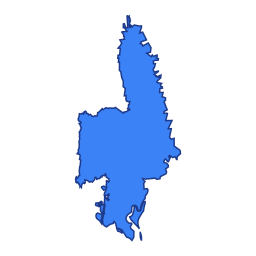 the district of Feni, Chittagong, Bangladesh
{"feature_id": "16705992B83268326466345", "entity_name": "Feni", "entity_type": "district", "adm_level": 2, "iso_a3": "BGD", "parent_name": "Bangladesh", "parent_adm1": "Chittagong", "projection": "equal_earth", "projection_center": [91.37, 23.021], "detail": "fine", "context": "isolated", "style": "filled", "palette": "blue", "viewbox_px": 256, "rotation_deg": 0, "n_neighbors": 0, "source": "geoboundaries", "source_scale": "gbopen_adm2", "svg_char_len": 5875}
<svg xmlns="http://www.w3.org/2000/svg" viewBox="0 0 256 256"><path d="M180.4,151.7L179.9,150.2L174.2,146.1L174.1,138.3L171.1,139.3L169.5,137.1L171.3,128.7L168.2,128.7L172.0,120.5L165.7,120.6L167.5,113.6L167.2,113.3L163.9,113.3L164.2,111.3L167.2,109.9L164.0,101.6L165.5,100.3L165.5,97.8L162.0,96.7L163.1,92.5L159.6,92.5L159.9,88.6L162.5,88.1L162.1,86.7L160.9,86.7L160.5,84.6L161.6,83.4L157.2,82.6L157.0,81.3L160.7,77.8L160.9,75.1L159.7,75.9L159.5,75.6L159.1,75.8L159.2,76.6L158.9,76.6L159.2,77.0L158.6,77.0L158.6,77.3L157.4,77.1L156.5,75.9L156.0,76.4L155.6,76.1L155.7,75.6L154.8,74.8L154.9,74.4L154.3,74.2L156.9,72.6L158.3,71.5L158.3,71.1L154.2,72.0L153.1,69.7L153.9,68.0L154.3,67.8L155.4,63.7L153.5,63.6L153.3,61.2L155.1,60.3L158.1,60.2L158.4,58.6L156.3,57.9L157.3,56.2L157.0,55.0L153.5,56.4L152.3,55.0L151.2,56.7L146.7,53.2L150.4,52.3L151.0,47.7L148.2,43.0L142.8,46.0L142.7,45.0L141.3,44.1L141.4,43.8L140.3,43.4L141.2,42.2L141.1,41.8L146.5,39.9L142.6,32.1L139.6,33.0L141.5,27.2L141.4,25.9L139.6,26.1L134.2,25.0L132.1,26.9L132.1,26.2L130.9,25.3L130.0,28.0L130.1,27.4L129.8,27.3L130.1,26.8L129.8,26.1L129.5,26.2L129.2,25.4L129.4,25.1L129.1,24.7L129.4,24.0L129.7,24.2L129.3,22.1L130.0,22.0L130.4,20.4L129.7,19.6L129.8,19.2L129.5,19.4L129.8,18.8L129.4,17.7L129.1,17.9L129.2,16.4L128.6,17.0L127.8,15.8L127.2,15.8L127.0,15.4L127.8,27.9L126.0,27.5L125.2,26.3L124.3,23.7L123.4,23.9L123.3,27.7L124.4,27.7L127.0,31.4L122.1,31.8L121.8,32.1L123.3,34.1L123.8,35.7L123.7,36.4L124.3,36.7L124.2,38.6L124.5,39.2L119.9,39.9L121.7,43.1L120.5,45.4L118.1,48.1L120.3,48.3L119.6,55.1L118.1,55.2L117.8,58.3L118.8,58.3L118.4,62.3L119.5,62.2L119.4,70.3L120.8,71.8L121.7,77.4L123.3,81.4L123.2,86.7L125.3,88.4L124.3,95.8L126.1,95.6L125.9,99.8L126.8,101.3L128.8,101.7L129.8,101.6L129.4,102.3L129.3,104.3L128.5,104.7L128.4,107.2L127.6,108.7L129.7,109.2L129.3,110.2L128.8,109.9L127.9,110.3L127.6,111.0L126.2,111.7L124.0,112.0L123.8,112.8L123.1,113.0L115.3,107.4L114.3,108.2L108.8,108.0L108.1,108.5L106.0,107.7L103.0,109.7L102.2,108.7L101.1,109.9L101.0,110.4L100.4,110.5L98.8,112.2L97.7,112.6L97.2,115.8L96.2,116.2L95.1,115.7L93.3,116.5L92.3,116.4L90.3,114.3L88.6,114.9L87.8,113.5L86.5,113.4L86.3,112.0L85.4,111.2L84.1,111.9L84.3,113.1L83.3,114.0L82.9,113.1L81.6,113.6L81.2,114.1L79.4,113.7L79.0,116.9L78.3,118.6L78.3,120.1L78.7,120.9L80.1,121.4L80.9,122.2L80.7,123.4L79.2,123.2L79.1,123.6L79.4,124.0L79.9,123.9L80.6,126.7L81.3,127.6L80.8,129.5L80.4,129.7L80.3,131.2L79.4,131.7L79.3,132.2L79.7,135.4L79.4,136.2L79.7,138.9L78.9,142.4L79.3,143.5L79.0,148.4L78.3,149.6L78.4,152.3L77.8,152.9L78.1,153.3L77.3,153.8L79.7,154.5L80.1,155.9L80.0,157.1L79.5,159.4L80.7,160.0L80.1,165.9L79.7,166.6L79.4,169.6L79.3,172.3L79.7,175.4L78.5,176.0L78.2,177.5L77.7,177.9L77.1,177.8L76.5,176.8L76.1,177.2L75.9,177.7L76.5,178.6L75.6,178.9L75.5,179.2L75.8,179.6L75.9,182.1L76.4,182.1L77.0,183.0L77.5,182.7L77.3,182.3L77.6,182.1L78.5,183.0L78.9,184.0L79.1,183.4L79.3,184.9L80.1,185.6L80.0,186.9L80.5,186.4L81.4,187.5L81.6,185.2L82.6,183.2L83.4,183.1L84.4,183.6L84.7,183.4L84.6,182.7L85.2,182.6L84.9,179.8L88.2,180.9L89.3,182.1L91.7,181.5L92.4,182.1L94.5,179.7L95.0,177.4L95.8,177.3L96.3,177.8L96.6,179.3L98.2,178.6L99.4,178.6L100.4,177.7L100.9,176.5L101.9,177.0L102.0,175.9L102.3,175.4L104.7,175.7L105.2,174.1L105.5,173.9L106.4,177.2L108.6,178.7L109.1,180.2L109.1,181.5L108.6,182.0L106.8,180.6L106.3,181.0L106.6,183.1L106.1,185.0L106.7,186.8L106.6,187.6L106.0,187.6L103.9,186.1L101.7,186.8L101.5,187.4L103.6,190.1L106.1,189.2L106.1,189.8L104.5,193.0L104.2,195.3L104.6,195.6L106.9,195.3L108.4,194.0L108.9,194.0L109.0,195.3L108.0,196.4L107.6,198.0L109.0,199.7L108.5,200.4L107.7,200.2L106.8,199.2L105.6,196.8L105.0,196.5L104.6,196.9L104.6,200.5L104.1,203.1L104.6,203.8L104.9,204.8L103.9,213.2L104.4,213.0L104.5,213.4L103.7,214.2L102.5,219.4L103.0,224.1L104.7,225.9L106.6,226.9L109.9,224.4L113.3,223.4L113.7,221.6L114.1,221.5L115.7,223.6L116.8,228.5L118.5,228.4L121.9,229.9L126.5,237.0L129.7,238.2L131.9,240.4L133.6,237.6L133.8,236.5L133.9,231.2L131.1,228.9L130.5,227.6L130.4,226.5L131.8,224.2L131.7,223.6L131.2,223.1L129.5,223.3L128.5,222.9L126.6,220.7L125.9,218.6L126.5,216.5L127.6,214.8L131.6,211.8L131.7,207.4L132.2,206.2L133.2,205.4L135.5,205.4L137.3,207.2L137.7,209.9L138.8,210.5L139.9,210.3L140.4,209.5L140.7,207.2L142.1,202.8L144.0,199.8L145.0,198.8L145.3,196.1L147.2,193.2L147.8,191.4L147.9,190.0L147.5,188.9L146.8,188.6L144.1,189.2L143.7,183.5L145.0,181.4L143.3,180.1L143.3,179.2L142.9,178.7L145.4,179.1L153.8,178.3L154.0,178.0L155.4,178.2L156.5,179.2L159.9,178.8L160.4,176.6L166.0,173.7L166.6,172.1L165.8,169.6L165.8,168.8L168.4,166.8L168.2,165.2L167.3,163.9L166.1,163.1L164.0,162.4L163.9,161.1L164.8,159.4L165.7,159.1L167.6,161.6L168.4,161.7L170.4,157.3L168.8,157.0L168.7,156.7L169.0,155.9L169.7,155.4L172.8,157.6L174.9,156.7L175.5,157.3L176.5,159.4L177.0,159.5L177.2,156.6L180.5,153.7L180.3,153.1L180.4,151.7ZM145.1,201.6L143.7,202.1L143.3,202.8L141.4,207.3L140.8,210.2L139.8,211.1L137.5,210.9L136.9,210.0L136.4,207.4L135.5,206.6L134.2,206.1L134.0,210.4L132.5,214.8L131.5,216.2L129.7,216.8L130.2,218.2L131.2,219.9L138.2,227.2L139.3,228.8L138.0,224.6L137.9,221.3L138.8,218.3L142.1,212.7L143.5,211.0L144.1,206.9L145.1,203.4L145.1,201.6ZM102.3,214.8L97.7,213.0L96.4,213.9L96.0,215.4L96.1,217.0L96.7,218.4L99.8,220.9L101.4,223.3L101.3,219.6L102.3,214.8ZM102.6,213.4L104.1,206.2L103.9,205.1L103.3,204.5L100.7,205.5L98.7,205.2L98.4,204.8L98.5,203.4L101.6,201.6L101.2,201.3L99.0,202.8L96.0,203.0L95.5,204.8L96.2,205.7L97.7,205.9L98.6,206.6L100.4,206.4L100.6,208.8L100.4,210.7L101.9,213.2L102.6,213.4ZM117.7,231.1L120.1,231.8L121.6,232.9L122.2,232.9L122.5,232.2L121.8,230.9L120.5,229.9L118.4,228.9L116.9,228.9L117.7,231.1ZM140.2,231.8L140.2,235.2L140.5,238.0L141.5,240.6L141.4,236.2L140.2,231.8ZM101.9,202.2L99.7,203.5L99.6,204.2L100.6,204.3L102.3,203.0L101.9,202.2Z" fill="#3b82f6" stroke="#1e3a8a" stroke-width="1.5"/></svg>